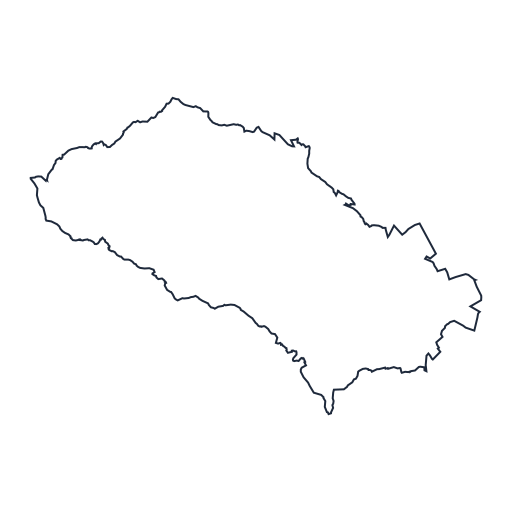 outline of Ighiu, Alba, Romania
{"feature_id": "2599482B12358370683897", "entity_name": "Ighiu", "entity_type": "district", "adm_level": 2, "iso_a3": "ROU", "parent_name": "Romania", "parent_adm1": "Alba", "projection": "orthographic", "projection_center": [23.47, 46.158], "detail": "fine", "context": "isolated", "style": "outline", "palette": "slate", "viewbox_px": 512, "rotation_deg": 0, "n_neighbors": 0, "source": "geoboundaries", "source_scale": "gbopen_adm2", "svg_char_len": 6036}
<svg xmlns="http://www.w3.org/2000/svg" viewBox="0 0 512 512"><path d="M328.6,414.1L331.0,413.3L331.1,412.2L333.1,407.9L332.4,405.1L333.2,403.7L333.6,401.0L332.7,398.3L333.2,392.5L333.9,389.7L343.9,389.3L347.1,386.8L347.8,385.4L352.3,382.3L353.9,379.4L355.9,378.7L357.5,375.9L358.2,371.6L359.4,370.7L362.8,368.9L365.7,368.5L368.2,369.1L368.5,370.0L369.9,370.0L371.5,370.7L371.9,371.7L377.0,369.2L379.2,369.1L385.1,367.6L385.5,368.7L387.8,368.1L388.1,368.8L393.8,367.1L397.6,368.4L400.0,368.0L400.5,368.4L401.4,372.2L401.8,372.8L405.1,371.8L408.3,372.1L410.0,371.5L410.1,371.9L411.2,371.1L415.0,370.5L418.8,367.0L420.2,366.7L424.3,367.3L424.5,370.3L426.4,371.2L425.7,365.1L426.5,355.7L428.4,353.5L430.0,355.5L432.0,358.9L432.8,359.5L440.3,351.8L437.8,348.6L438.9,347.7L437.1,344.8L436.3,342.3L442.5,336.9L441.0,334.2L442.0,330.8L444.9,327.9L445.1,326.2L447.3,324.1L448.2,323.9L450.1,322.1L454.2,320.8L463.2,325.7L465.6,327.6L474.3,330.6L477.4,317.6L478.0,314.0L478.7,312.7L479.7,311.8L470.4,306.4L481.1,300.2L481.3,297.3L481.2,295.6L476.7,286.7L474.3,280.3L475.4,279.9L474.2,279.4L468.4,274.9L465.7,274.1L455.8,277.0L449.3,279.4L447.2,272.3L445.2,268.8L437.6,271.2L436.6,268.9L434.5,265.9L433.6,263.3L432.6,262.0L425.1,258.8L426.6,256.5L430.2,258.5L435.9,253.7L419.6,223.5L414.9,225.0L408.4,229.0L405.5,232.2L402.2,234.7L394.0,225.6L389.4,234.7L387.8,237.0L385.8,229.9L385.5,227.9L382.5,227.9L381.7,227.0L378.7,225.7L374.0,225.2L371.8,225.4L371.3,226.0L369.5,226.8L368.1,224.9L366.3,223.5L365.6,224.3L365.3,224.2L364.6,223.0L364.4,222.0L363.8,221.4L363.2,218.9L362.0,217.4L360.5,216.5L360.5,215.3L356.9,211.2L353.0,208.2L344.8,204.9L345.7,204.4L346.0,203.6L348.6,205.3L350.7,204.9L350.7,204.0L354.6,204.5L354.6,204.0L354.2,203.3L351.5,199.8L351.0,198.5L348.3,197.9L345.9,196.3L343.5,194.3L342.1,193.9L339.5,192.3L338.5,190.9L337.9,190.7L337.6,192.3L336.1,195.4L334.8,192.9L333.7,192.0L333.3,189.3L331.7,187.6L327.0,184.3L325.3,182.0L320.9,179.1L319.2,177.0L317.0,176.3L311.4,172.5L311.0,171.4L308.1,168.1L307.4,163.7L307.7,158.7L308.4,157.1L309.2,153.7L309.2,150.8L309.7,148.0L309.5,147.1L308.8,146.1L305.6,147.2L305.3,146.4L303.3,144.3L302.2,144.3L301.5,145.0L299.4,142.8L297.6,142.7L297.4,141.9L298.0,139.1L297.7,138.4L296.0,139.7L291.0,140.2L294.0,146.4L292.1,146.3L287.9,144.3L279.4,135.0L274.6,133.3L274.4,139.5L269.7,135.3L262.5,132.1L261.2,131.0L258.5,126.9L256.7,127.7L254.1,131.6L252.7,132.1L249.3,131.1L246.3,130.7L244.4,131.6L243.8,128.0L242.7,126.7L240.1,125.1L239.2,125.3L237.9,124.5L236.2,124.8L233.7,124.2L226.8,125.7L224.3,124.8L221.8,125.4L218.7,125.1L217.3,124.2L216.2,124.1L212.5,122.3L211.4,120.8L210.5,120.1L208.3,116.8L208.4,113.0L208.1,111.9L207.6,111.5L203.3,111.4L200.2,108.1L197.5,107.3L195.8,106.2L193.4,107.1L185.4,105.0L183.4,104.1L180.6,101.8L178.5,99.3L176.2,99.1L172.7,97.9L171.5,99.4L170.4,101.7L168.5,103.6L166.6,103.7L165.1,106.8L162.0,110.4L162.1,111.0L160.9,111.8L159.7,111.7L159.5,112.1L158.1,112.5L155.3,117.1L153.2,118.0L151.4,117.5L147.4,121.7L142.5,121.5L140.1,122.3L137.7,120.8L135.5,122.2L134.0,121.9L132.9,122.4L130.0,125.8L128.1,127.4L127.5,127.5L126.7,129.0L123.4,131.5L123.7,132.5L123.0,133.7L123.0,134.6L120.0,138.5L115.4,141.6L114.3,143.5L112.0,145.0L109.9,147.0L107.3,147.1L105.9,145.1L104.3,144.3L103.7,144.9L103.3,143.4L102.1,141.6L100.8,141.5L98.7,143.2L96.5,143.3L96.1,143.9L95.6,143.3L95.1,143.4L94.8,143.9L93.8,144.2L92.2,146.1L91.6,147.7L91.7,148.4L91.2,148.5L89.2,148.5L88.0,148.0L87.9,147.6L86.9,147.0L85.6,146.8L84.9,147.2L79.4,147.1L77.0,148.0L71.6,149.1L68.4,150.6L64.1,154.6L62.6,154.8L62.4,157.5L61.3,158.5L61.3,158.9L60.6,159.0L59.7,157.9L56.8,159.6L55.7,160.9L55.5,163.0L54.0,165.0L52.5,169.3L51.8,169.6L48.3,174.2L46.9,179.8L47.0,180.2L46.5,179.8L45.8,180.2L45.7,180.7L41.3,176.6L38.2,176.4L35.9,176.8L35.0,177.5L30.7,177.9L30.7,178.8L34.4,183.4L37.4,188.5L36.9,195.2L37.5,197.6L38.9,202.4L40.4,205.3L43.3,207.9L45.4,215.8L45.7,217.6L45.6,218.9L46.3,220.6L51.3,221.4L57.1,224.3L59.4,226.5L60.3,228.7L62.3,231.0L65.0,232.9L68.5,234.4L70.5,236.3L70.3,236.6L70.8,238.1L71.5,238.3L71.5,238.7L72.9,240.1L75.8,240.5L78.4,239.9L79.4,240.0L79.2,239.5L80.0,239.3L81.2,240.2L82.9,240.5L83.9,240.0L87.6,239.4L88.7,240.3L90.0,240.2L92.5,241.5L93.7,242.3L94.8,244.0L96.4,244.1L98.0,243.3L99.4,241.5L100.3,239.5L101.0,239.6L101.4,238.6L102.5,237.7L103.3,239.0L104.9,239.9L105.2,241.7L107.8,243.6L108.5,245.2L109.6,246.2L109.3,247.5L108.9,247.3L108.4,247.7L108.7,249.4L109.4,250.1L111.9,251.3L112.7,251.1L114.8,252.1L117.1,255.1L119.8,256.5L121.0,256.5L123.4,259.1L124.5,259.6L128.3,259.6L130.1,260.1L132.5,261.7L134.1,263.6L136.0,264.3L136.6,265.6L138.1,266.9L140.1,267.9L144.5,268.5L149.3,268.2L153.6,269.7L154.6,272.1L152.5,273.4L152.4,274.1L154.3,275.4L156.1,276.0L156.4,277.4L158.3,279.1L162.0,278.5L164.2,280.3L164.7,280.9L164.7,281.7L165.7,282.0L166.1,282.9L165.2,283.3L164.7,285.5L167.1,289.9L170.3,291.9L171.1,292.0L172.7,294.3L174.7,298.4L176.0,299.5L177.7,300.4L182.4,298.2L184.0,298.5L188.7,298.0L190.9,297.1L193.3,296.8L195.6,295.9L198.3,297.6L199.1,298.7L202.4,300.8L208.1,303.4L208.8,304.9L210.9,307.3L213.7,308.0L214.8,308.7L218.3,306.7L223.1,305.9L224.4,304.8L225.6,305.3L230.8,304.6L234.5,305.0L239.7,307.8L240.4,308.6L240.8,309.9L243.6,311.5L248.5,315.7L252.3,318.2L255.7,323.0L256.8,323.8L258.4,325.9L259.8,326.5L260.9,326.3L261.3,326.8L264.0,326.1L265.4,326.7L268.2,329.0L269.6,331.4L271.5,333.5L275.0,334.1L277.3,337.6L275.9,342.9L278.1,343.6L280.3,342.9L280.8,343.4L281.0,344.8L282.2,344.5L282.8,345.7L284.4,346.7L285.7,348.0L286.4,348.1L286.7,349.8L286.3,350.5L287.9,352.8L291.9,351.8L291.8,350.7L293.0,350.5L294.8,351.3L296.2,351.3L296.5,352.4L296.5,354.6L293.4,358.1L292.9,359.5L293.1,360.6L294.2,361.1L296.7,360.6L298.6,361.0L300.7,358.5L301.5,358.0L302.3,358.6L303.6,357.5L303.4,357.9L305.2,361.9L304.4,362.3L306.0,365.4L301.7,367.7L300.8,369.5L300.8,371.8L303.6,377.3L308.1,382.6L309.7,385.9L313.8,392.7L321.2,394.9L323.5,397.2L323.5,398.1L325.3,401.1L324.8,406.9L326.9,412.1L327.9,412.4L328.6,414.1Z" fill="none" stroke="#1e293b" stroke-width="2"/></svg>